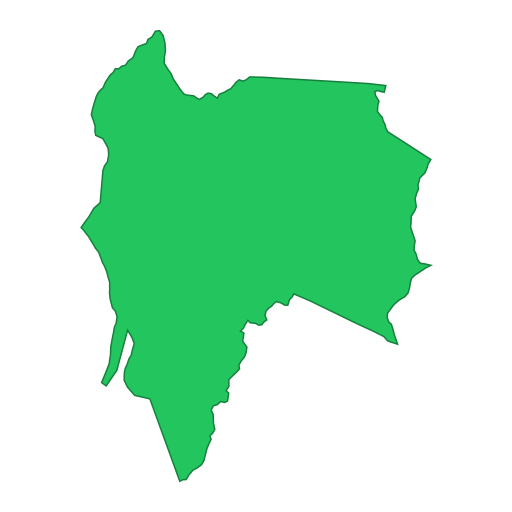 outline of Campo Mourão, Paraná, Brazil
{"feature_id": "56859067B54956241865270", "entity_name": "Campo Mourão", "entity_type": "district", "adm_level": 2, "iso_a3": "BRA", "parent_name": "Brazil", "parent_adm1": "Paraná", "projection": "equal_earth", "projection_center": [-52.393, -24.126], "detail": "fine", "context": "isolated", "style": "filled", "palette": "green", "viewbox_px": 512, "rotation_deg": 0, "n_neighbors": 0, "source": "geoboundaries", "source_scale": "gbopen_adm2", "svg_char_len": 2999}
<svg xmlns="http://www.w3.org/2000/svg" viewBox="0 0 512 512"><path d="M81.1,227.6L84.2,230.9L86.4,233.9L88.6,236.6L90.6,240.1L93.1,244.0L95.4,248.1L98.6,252.1L100.0,255.8L102.6,262.7L104.5,266.1L106.7,271.7L108.2,277.5L109.6,282.0L109.7,289.0L109.5,292.9L110.2,299.1L112.4,307.7L115.2,310.9L117.1,316.6L116.1,323.4L114.4,327.1L113.4,333.1L112.4,337.9L111.7,341.8L110.8,346.5L110.5,354.6L109.9,358.4L109.3,363.2L107.6,367.9L104.5,375.6L101.6,382.6L106.2,385.9L116.8,370.4L127.6,330.2L132.0,337.5L134.2,343.6L132.6,349.0L131.1,355.5L129.0,358.8L127.1,364.4L125.3,368.3L124.4,372.3L124.1,380.1L127.4,386.9L129.8,389.8L134.7,395.4L145.3,397.8L149.9,398.9L179.8,481.3L182.8,479.7L186.1,479.6L188.8,475.1L192.9,470.2L197.2,467.9L201.6,464.6L203.9,460.7L205.3,455.1L206.9,448.7L209.0,443.6L211.1,439.3L209.9,435.9L212.7,433.1L214.8,429.3L213.5,423.6L213.2,414.6L211.2,410.0L213.3,405.8L217.2,404.7L220.7,401.5L224.6,402.5L227.5,401.1L228.7,393.1L226.1,390.6L228.9,386.4L228.8,379.5L231.3,377.1L237.4,371.3L239.5,368.8L238.9,365.0L241.3,360.9L244.4,357.0L246.0,353.1L246.9,347.1L242.7,341.2L243.9,333.1L240.4,331.0L243.6,328.0L245.2,324.4L247.9,320.3L250.2,322.8L255.7,323.4L258.7,325.2L261.7,324.8L263.9,322.0L266.8,319.9L265.0,315.6L266.1,311.0L268.9,308.0L271.5,306.3L273.6,303.8L276.1,301.6L280.7,302.8L284.7,305.1L287.8,305.2L289.5,299.7L292.1,297.1L293.8,293.9L310.1,300.9L357.2,323.8L373.7,331.4L383.9,336.6L387.6,340.9L390.7,342.0L397.6,344.2L394.2,334.3L392.7,328.4L391.3,324.2L388.7,321.8L387.2,317.5L387.5,313.3L393.5,305.1L396.4,302.4L399.2,300.1L404.9,296.6L408.0,293.1L409.5,288.1L410.3,283.0L411.5,278.4L414.8,275.2L426.1,267.7L430.9,265.3L425.4,264.0L420.3,263.2L417.5,259.5L416.0,253.8L414.1,250.2L414.3,246.1L415.1,240.6L412.6,233.3L410.6,227.2L411.0,223.2L411.3,216.2L414.9,210.4L416.3,206.7L415.1,198.9L416.7,192.9L418.5,189.4L418.0,185.1L419.9,177.8L424.8,173.1L427.1,167.8L428.2,164.0L430.8,159.5L387.7,131.7L385.9,128.3L385.0,124.4L383.2,121.1L382.3,117.4L379.9,114.7L377.4,111.4L377.9,104.8L379.0,101.3L375.7,95.8L374.8,91.7L377.5,90.5L381.0,91.6L384.2,92.2L385.8,85.6L368.8,83.6L340.9,81.9L277.5,78.2L272.1,77.8L263.6,77.3L249.8,76.9L246.2,79.8L242.9,81.1L239.2,79.8L236.0,82.3L233.8,85.1L230.7,88.8L227.9,90.0L224.9,92.0L219.2,94.3L217.3,98.2L213.9,95.8L211.4,93.7L208.2,93.1L205.5,94.5L203.3,97.0L199.3,99.5L196.7,98.0L193.6,95.8L187.2,95.1L184.0,94.1L180.3,89.6L177.3,85.0L173.1,78.6L171.0,73.5L167.9,69.3L164.2,63.2L164.5,56.5L165.5,50.3L164.9,42.7L163.1,35.5L159.6,30.7L155.4,31.2L152.0,36.9L148.0,39.4L146.5,43.5L142.1,45.0L138.0,46.8L135.7,50.8L132.9,57.8L128.4,60.9L125.5,65.2L121.5,66.3L118.6,68.9L115.4,68.7L113.0,72.6L110.1,75.1L105.3,82.5L103.1,87.7L100.1,90.4L98.1,92.9L96.3,96.4L94.2,103.2L92.7,108.5L91.3,114.6L93.5,120.8L95.2,126.5L94.9,131.2L95.7,135.3L100.1,137.4L102.9,138.6L108.1,148.1L108.7,154.9L107.4,162.0L104.5,165.8L102.9,170.7L100.2,202.6L97.0,205.5L93.9,208.2L88.5,217.4L84.8,222.2L81.1,227.6Z" fill="#22c55e" stroke="#15803d" stroke-width="1.5"/></svg>